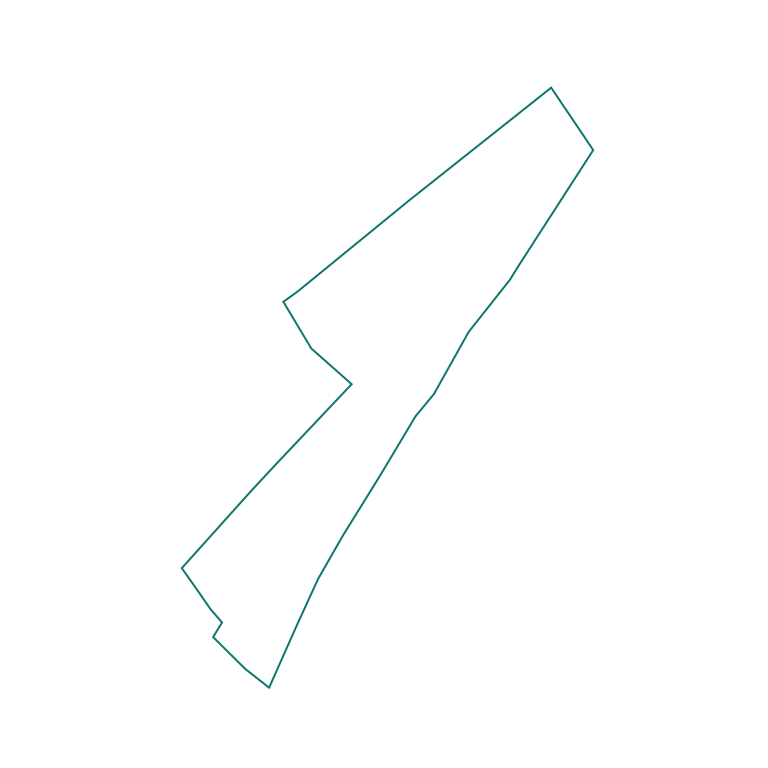 Vaiaku, Tuvalu (Equal Earth projection), rotated 188°
{"feature_id": "33948139B90753952930446", "entity_name": "Vaiaku", "entity_type": "district", "adm_level": 2, "iso_a3": "TUV", "parent_name": "Tuvalu", "parent_adm1": "", "projection": "equal_earth", "projection_center": [179.194, -8.526], "detail": "fine", "context": "isolated", "style": "outline", "palette": "teal", "viewbox_px": 768, "rotation_deg": 188, "n_neighbors": 0, "source": "geoboundaries", "source_scale": "gbopen_adm2", "svg_char_len": 499}
<svg xmlns="http://www.w3.org/2000/svg" viewBox="0 0 768 768"><g transform="rotate(188 384 384)"><path d="M455.5,67.3L436.3,134.4L422.1,181.9L403.3,228.9L374.8,293.5L348.3,356.4L333.1,381.1L307.4,447.4L291.8,474.0L273.8,504.8L266.6,521.1L209.4,644.7L219.8,656.4L259.7,700.7L384.0,570.0L482.3,463.7L495.1,451.4L460.9,409.0L416.0,379.3L481.1,287.7L500.7,259.6L558.6,173.5L538.3,151.9L524.4,136.8L511.2,125.3L518.0,109.6L481.9,82.6L455.5,67.3Z" fill="none" stroke="#0f766e" stroke-width="2"/></g></svg>